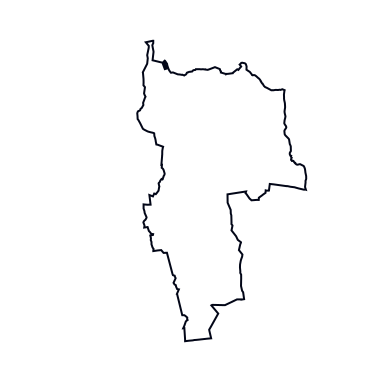 the district of Variešu pag., Krustpils, Latvia, rotated 114°
{"feature_id": "27541924B55912834696629", "entity_name": "Variešu pag.", "entity_type": "district", "adm_level": 2, "iso_a3": "LVA", "parent_name": "Latvia", "parent_adm1": "Krustpils", "projection": "albers", "projection_center": [25.991, 56.596], "detail": "fine", "context": "isolated", "style": "outline", "palette": "ink", "viewbox_px": 384, "rotation_deg": 114, "n_neighbors": 0, "source": "geoboundaries", "source_scale": "gbopen_adm2", "svg_char_len": 5846}
<svg xmlns="http://www.w3.org/2000/svg" viewBox="0 0 384 384"><g transform="rotate(114 192 192)"><path d="M69.6,288.9L69.7,289.2L74.0,295.1L76.1,290.9L77.8,290.2L85.2,288.6L87.8,286.8L93.1,285.1L102.7,285.6L103.0,285.3L108.6,282.2L111.6,280.8L114.3,279.7L115.2,277.9L115.4,277.6L121.4,275.9L122.4,275.0L123.9,273.2L124.4,273.3L125.1,273.3L130.5,272.9L132.3,271.8L135.7,272.1L136.9,272.8L138.1,272.7L138.5,272.7L139.0,273.0L139.7,273.7L140.4,274.2L141.9,274.1L142.4,274.0L144.9,272.6L147.5,271.3L148.0,270.3L150.2,267.4L154.2,262.6L154.5,261.0L154.7,257.2L154.6,256.2L154.2,253.7L153.9,252.4L153.7,250.9L153.8,250.4L156.2,249.1L157.9,247.5L159.5,246.3L160.2,245.9L161.8,244.8L163.1,243.9L162.8,242.7L162.4,236.8L163.7,236.6L166.5,235.9L170.0,234.4L170.9,234.1L171.0,234.1L171.4,233.9L179.7,231.0L179.4,230.5L182.2,229.5L182.3,229.0L182.4,228.7L182.6,228.1L183.1,227.3L183.8,226.6L185.9,224.8L186.3,224.5L186.8,224.3L188.1,224.2L189.2,224.4L189.9,224.2L190.8,224.2L192.0,224.0L192.4,224.0L192.6,224.1L192.6,224.3L192.5,225.1L193.5,225.4L194.9,225.6L195.9,225.5L197.3,226.0L197.7,226.0L200.4,224.0L200.9,224.0L204.4,223.1L205.6,223.4L207.0,223.7L208.7,224.2L208.7,225.3L208.8,225.9L211.9,225.9L212.1,229.7L220.4,224.7L221.8,227.6L222.6,229.9L223.0,231.2L226.8,229.5L228.8,227.7L230.4,226.7L230.8,226.3L231.4,225.6L232.5,224.4L233.5,223.3L233.7,223.2L233.9,223.1L234.5,223.1L235.8,223.2L236.4,223.3L237.4,223.8L238.0,224.0L239.0,224.1L239.6,224.0L239.8,223.9L240.2,223.4L241.9,221.8L242.3,221.6L243.9,221.2L242.1,218.3L245.1,215.6L245.8,214.0L246.2,213.3L246.8,212.2L246.6,211.3L246.3,210.4L247.1,210.2L247.4,210.6L248.7,212.4L250.9,210.7L252.7,210.1L254.1,208.7L256.3,207.7L258.8,205.4L259.7,203.9L260.8,203.7L261.7,203.3L259.3,199.5L257.6,196.5L259.2,193.2L257.7,190.2L274.9,176.4L275.7,175.6L275.7,175.4L275.5,173.8L276.1,173.4L277.4,171.9L282.5,171.9L283.6,170.3L283.7,168.9L284.9,168.1L286.7,166.1L286.3,164.4L291.3,164.3L291.3,164.1L308.5,150.8L307.9,149.4L307.7,149.0L307.7,148.7L307.9,147.6L308.6,145.3L310.1,144.7L310.7,144.0L311.2,144.4L311.5,144.4L312.7,145.0L317.3,144.6L320.1,144.6L319.5,143.6L329.4,138.4L331.1,137.6L329.1,134.3L327.2,130.9L326.3,129.7L325.4,128.0L324.2,125.9L319.8,118.4L318.4,115.9L317.9,115.0L311.7,119.7L310.8,120.3L309.8,120.2L308.0,120.0L292.4,118.6L287.7,128.2L287.0,127.7L286.7,127.2L282.3,116.6L281.9,115.8L271.8,107.2L270.2,103.6L270.1,103.4L270.3,103.2L268.7,100.8L262.8,104.5L261.8,106.1L257.9,109.0L251.0,111.9L247.5,113.5L246.3,115.0L244.8,115.6L241.4,117.5L238.7,118.6L235.0,119.5L233.5,119.7L230.7,119.9L228.6,120.5L226.0,125.5L220.4,126.6L218.2,126.7L218.0,126.8L217.1,130.7L214.5,133.7L211.0,140.3L206.8,141.2L206.1,141.4L205.3,142.9L203.8,143.5L197.3,146.6L195.9,147.8L192.6,149.4L187.3,155.1L179.7,158.6L176.4,153.5L169.5,142.8L171.3,142.6L171.7,141.5L174.6,136.7L175.1,135.0L175.4,134.3L174.1,131.9L172.8,129.5L172.1,127.8L170.0,128.6L166.2,126.4L165.7,126.2L162.9,124.5L160.6,125.3L160.6,125.1L159.8,123.0L159.4,122.3L153.0,124.2L151.9,120.8L148.2,108.0L148.0,107.8L147.6,106.3L147.2,104.3L145.9,100.0L145.9,99.6L145.4,96.2L144.4,90.9L144.2,90.3L143.7,89.7L143.6,88.9L142.0,90.3L141.4,90.8L137.2,92.1L135.9,92.7L135.3,92.9L134.4,92.9L133.6,93.0L132.5,93.5L131.0,94.2L128.1,96.3L126.9,97.0L125.1,98.1L123.8,99.3L123.0,100.3L122.8,100.7L122.8,101.0L122.6,104.5L122.9,105.1L124.0,106.5L124.3,107.2L124.3,108.0L124.1,108.7L123.5,109.3L123.4,109.5L123.7,109.8L123.0,111.1L122.5,111.7L122.4,112.0L122.4,112.3L122.5,112.7L122.7,113.0L122.9,113.1L123.0,113.3L122.9,113.5L122.6,113.7L122.5,113.8L122.4,114.0L122.5,114.2L122.5,114.3L122.4,114.5L122.1,114.7L121.5,114.7L121.4,114.8L121.1,114.9L120.8,114.9L120.7,114.9L120.6,115.1L120.3,115.2L120.1,115.1L120.0,115.4L119.7,115.6L119.3,116.0L119.1,116.4L118.6,116.3L118.6,116.8L118.5,117.1L118.4,117.4L117.9,117.9L117.2,118.3L116.7,118.5L115.9,118.6L114.8,118.3L114.2,118.4L110.2,120.3L109.4,121.0L108.5,122.1L107.3,122.9L104.8,124.5L104.1,125.2L103.9,125.6L103.7,126.1L103.4,126.9L102.3,129.7L101.8,130.5L101.4,130.9L100.7,131.3L99.1,132.2L98.7,132.4L98.2,132.5L97.7,132.5L95.4,132.1L94.8,132.1L94.3,132.3L93.8,132.8L93.4,133.2L92.7,134.4L92.2,135.1L91.6,135.7L90.3,136.1L89.1,136.5L88.2,136.7L86.8,136.9L85.1,137.3L84.7,137.5L82.5,139.2L81.1,140.1L79.6,140.6L77.0,141.3L75.9,141.8L73.4,143.1L72.6,143.6L70.6,145.1L69.1,146.0L68.3,146.3L66.5,147.2L65.7,147.6L62.4,148.6L61.3,148.8L61.4,151.3L62.7,152.6L62.8,153.0L63.0,153.7L63.8,154.8L64.6,156.9L65.0,157.6L65.4,158.2L65.6,158.5L66.1,159.3L66.1,159.6L66.4,160.0L66.8,160.9L66.7,162.1L66.4,166.0L66.4,167.9L65.8,169.5L64.7,171.0L64.3,171.6L64.4,171.8L63.7,173.1L62.8,174.3L62.7,174.2L62.5,174.5L61.8,175.5L61.1,177.0L61.0,177.7L60.1,180.4L59.8,181.8L59.8,182.3L59.9,182.7L60.1,183.2L60.7,184.0L60.7,184.3L60.7,184.7L60.5,184.8L58.8,188.0L58.4,190.4L58.1,192.0L55.1,193.2L53.3,194.8L52.9,196.1L53.3,197.8L53.4,198.5L54.0,199.5L54.6,199.6L56.2,200.3L57.1,198.6L57.4,198.1L59.6,198.8L61.6,199.3L61.5,200.6L66.6,203.2L66.9,203.1L69.3,207.0L69.9,208.1L70.1,208.6L70.5,208.8L70.4,208.9L71.1,214.2L70.0,214.6L69.9,215.1L69.7,215.5L69.3,215.9L68.6,216.3L68.4,216.6L68.4,216.9L68.6,221.8L72.3,225.5L74.0,227.3L74.8,229.9L74.7,230.0L74.8,230.1L75.4,232.0L76.3,233.7L76.5,234.4L78.2,238.4L78.8,238.5L79.1,238.6L79.3,238.9L79.9,239.9L80.2,240.3L82.0,241.0L82.2,241.5L82.6,242.2L82.9,242.5L83.2,243.1L83.5,243.6L84.1,244.0L84.7,244.9L84.9,245.0L85.3,245.2L85.9,245.1L87.2,245.4L88.3,246.3L88.7,246.5L88.8,248.6L89.1,248.9L89.6,250.9L90.3,252.8L90.5,257.9L90.9,258.7L91.2,259.0L91.5,259.6L91.6,259.8L91.3,260.4L90.3,262.1L89.5,263.1L87.9,264.7L86.2,266.2L85.1,266.9L83.7,269.1L83.2,269.9L83.1,270.3L84.3,270.8L87.3,267.7L89.8,265.6L90.8,266.8L85.8,271.7L86.2,273.3L87.7,281.6L81.0,283.7L79.7,284.1L79.0,284.5L76.2,286.5L74.1,287.9L73.3,288.0L71.9,287.9L69.6,288.9Z" fill="none" stroke="#020617" stroke-width="2"/></g></svg>